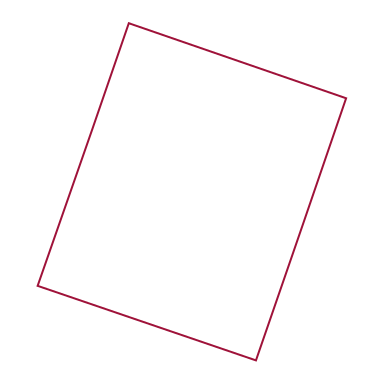 Rush, Kansas, United States of America, rotated 109°
{"feature_id": "52423323B32209186414231", "entity_name": "Rush", "entity_type": "district", "adm_level": 2, "iso_a3": "USA", "parent_name": "United States of America", "parent_adm1": "Kansas", "projection": "equal_earth", "projection_center": [-99.311, 38.523], "detail": "fine", "context": "isolated", "style": "outline", "palette": "rose", "viewbox_px": 384, "rotation_deg": 109, "n_neighbors": 0, "source": "geoboundaries", "source_scale": "gbopen_adm2", "svg_char_len": 265}
<svg xmlns="http://www.w3.org/2000/svg" viewBox="0 0 384 384"><g transform="rotate(109 192 192)"><path d="M53.2,76.8L53.0,306.7L165.2,306.7L331.0,307.4L330.4,76.7L325.5,76.7L219.6,76.6L186.1,76.6L53.2,76.8Z" fill="none" stroke="#9f1239" stroke-width="2"/></g></svg>